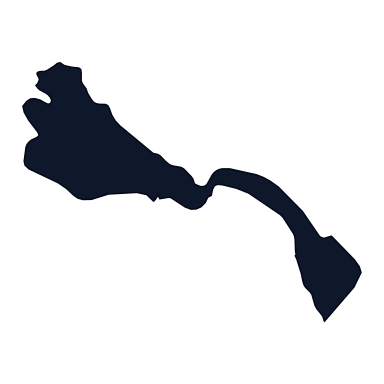 the Region of Khorezm
{"feature_id": "UZB-355", "entity_name": "Khorezm", "entity_type": "Region", "adm_level": 1, "iso_a3": "UZB", "parent_name": "Uzbekistan", "parent_adm1": "", "projection": "robinson", "projection_center": [60.994, 41.256], "detail": "fine", "context": "isolated", "style": "filled", "palette": "ink", "viewbox_px": 384, "rotation_deg": 0, "n_neighbors": 0, "source": "natural_earth", "source_scale": "10m", "svg_char_len": 1892}
<svg xmlns="http://www.w3.org/2000/svg" viewBox="0 0 384 384"><path d="M47.8,104.2L50.0,103.9L51.6,101.7L51.4,99.2L50.0,96.8L48.3,94.8L46.4,93.3L39.7,89.7L37.6,87.7L36.0,85.4L37.7,83.8L39.4,79.9L39.1,78.0L37.5,75.1L37.2,74.3L37.0,73.5L37.4,72.7L38.4,72.0L40.6,71.6L44.4,71.5L47.3,70.4L54.5,65.8L57.1,63.6L58.0,63.2L60.2,62.8L63.2,64.9L64.7,65.7L71.8,67.3L78.7,68.0L80.7,69.5L81.2,73.1L81.1,80.8L82.2,83.6L86.0,88.9L87.5,93.3L91.4,99.8L93.4,102.1L95.8,103.6L98.8,104.3L105.5,104.5L107.7,105.6L109.3,108.5L111.7,115.2L115.3,121.1L119.8,125.9L153.1,153.5L156.7,154.2L158.5,154.9L160.1,155.9L165.2,161.2L169.5,164.8L172.7,166.0L180.8,167.4L183.5,168.8L191.0,176.5L192.8,179.0L194.4,184.0L196.6,185.0L197.5,185.5L200.8,186.7L204.4,186.4L206.9,184.7L212.5,174.7L214.7,172.2L216.9,170.7L219.4,169.5L222.2,168.9L229.8,168.9L256.7,174.9L263.5,177.6L269.9,181.1L278.2,187.0L302.3,211.4L319.3,236.2L319.9,236.8L321.9,237.8L324.0,238.4L331.4,236.2L354.6,260.1L359.2,266.7L361.0,272.5L353.8,287.2L324.5,321.2L324.2,320.8L323.1,316.9L322.2,315.3L316.9,308.7L315.0,305.1L312.0,294.5L310.4,292.1L305.7,287.4L304.2,285.1L303.0,281.4L301.4,273.6L296.9,259.1L295.3,255.7L296.3,254.4L295.6,251.9L295.2,239.7L294.7,236.2L293.5,233.4L283.1,217.3L280.3,214.5L248.8,193.1L236.5,188.2L222.8,184.8L217.6,184.3L214.4,185.7L212.5,189.3L211.2,195.4L207.7,197.2L205.1,202.6L201.1,206.7L196.2,208.9L190.9,209.1L185.1,206.9L170.6,197.4L168.1,197.3L159.8,198.7L159.0,197.1L158.6,195.6L158.0,195.2L157.2,196.5L155.3,199.4L154.4,200.4L153.5,201.1L146.8,194.6L136.9,192.4L108.5,194.0L91.5,199.3L83.1,199.5L78.2,198.2L74.1,195.5L66.5,188.4L58.0,182.6L44.5,176.2L29.1,168.9L25.2,165.3L24.2,161.2L26.0,147.4L27.1,144.5L29.0,142.1L31.4,140.1L37.2,137.4L39.2,135.3L37.9,132.1L28.6,119.9L24.3,112.2L23.0,106.2L26.7,101.5L30.5,99.0L34.9,98.7L40.2,100.2L45.1,103.0L47.8,104.2Z" fill="#0f172a" stroke="#020617" stroke-width="1.5"/></svg>